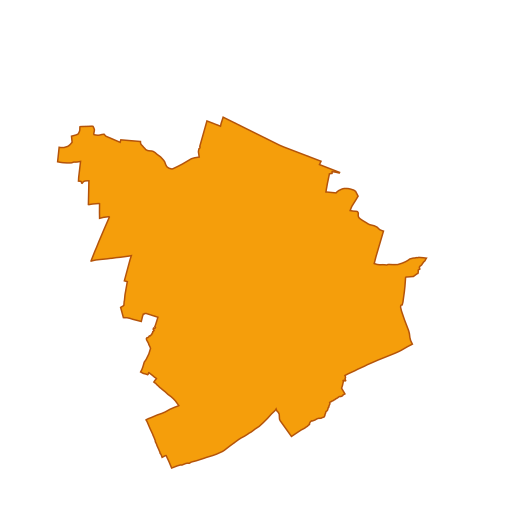 the district of Grivita, Vaslui, Romania, rotated 70°
{"feature_id": "2599482B4273660829063", "entity_name": "Grivita", "entity_type": "district", "adm_level": 2, "iso_a3": "ROU", "parent_name": "Romania", "parent_adm1": "Vaslui", "projection": "albers", "projection_center": [27.682, 46.171], "detail": "fine", "context": "isolated", "style": "filled", "palette": "amber", "viewbox_px": 512, "rotation_deg": 70, "n_neighbors": 0, "source": "geoboundaries", "source_scale": "gbopen_adm2", "svg_char_len": 6081}
<svg xmlns="http://www.w3.org/2000/svg" viewBox="0 0 512 512"><g transform="rotate(70 256 256)"><path d="M89.5,357.2L89.5,357.9L89.1,359.0L89.1,359.6L88.8,362.2L88.3,363.7L87.6,365.0L86.8,366.4L86.4,366.8L85.3,366.5L83.4,365.3L82.4,364.8L81.8,364.6L80.2,364.6L78.5,364.8L77.9,365.7L76.9,369.0L74.5,376.2L74.3,377.1L74.4,377.3L77.4,378.5L78.3,379.1L79.3,380.0L80.4,381.3L80.6,381.9L80.7,383.7L80.3,388.4L86.2,389.9L87.7,392.5L88.4,394.5L88.6,395.6L88.4,399.3L87.3,402.4L86.5,403.8L99.6,410.2L101.0,407.9L102.1,405.9L103.8,402.0L104.7,399.6L105.3,397.7L105.4,396.8L105.4,395.2L105.5,394.7L105.8,394.2L106.5,392.0L107.1,388.5L121.4,395.7L124.9,397.2L125.9,395.1L126.5,394.8L127.7,394.9L128.0,394.8L128.2,394.5L127.3,393.0L127.0,392.0L127.1,390.8L127.5,389.2L128.2,387.3L150.3,395.9L150.6,395.5L151.0,393.0L151.4,391.2L152.7,386.5L153.1,385.3L153.3,385.1L161.3,388.1L167.1,390.1L167.5,386.3L168.5,381.7L168.8,380.7L169.3,380.5L178.6,389.3L188.9,398.9L193.8,403.3L196.2,405.6L204.2,412.7L204.4,412.7L204.5,411.7L204.7,409.8L205.0,407.7L205.9,404.0L207.7,397.0L208.5,393.3L208.8,392.5L209.7,388.0L210.8,383.9L212.6,375.5L213.0,373.0L216.5,375.7L234.3,388.2L236.1,385.7L247.5,392.3L252.5,394.7L254.0,395.6L257.1,397.0L257.5,398.0L258.0,400.8L268.6,401.7L269.9,398.3L271.4,395.9L273.3,393.5L278.3,386.2L273.8,383.2L272.0,381.7L272.3,381.0L272.0,380.4L272.4,378.9L280.0,369.1L285.9,373.6L287.2,374.7L287.8,375.3L288.5,375.0L288.9,375.0L289.3,375.6L289.4,376.2L288.7,376.9L289.5,377.6L289.9,377.7L291.1,377.3L291.6,378.1L291.8,378.9L292.4,379.1L292.9,379.4L293.0,380.0L293.8,380.7L294.2,380.9L294.3,381.7L294.9,382.7L294.6,383.5L295.3,384.5L295.7,385.5L295.5,386.3L295.7,386.8L296.2,387.3L297.4,387.5L301.2,386.9L302.6,387.0L305.1,386.7L306.7,386.7L306.9,386.8L311.4,390.2L315.7,394.7L317.5,397.3L321.3,400.1L323.7,402.1L325.5,404.1L327.8,402.1L329.1,400.1L330.5,398.4L330.2,397.8L328.9,396.7L329.0,396.5L333.0,394.0L335.2,392.8L336.3,391.9L337.2,391.5L338.4,393.6L339.5,395.1L340.4,394.6L341.4,393.8L343.0,393.2L344.6,392.3L346.6,391.4L347.5,390.8L349.6,389.6L352.5,387.8L355.9,386.1L359.0,384.0L361.8,382.5L364.6,381.3L370.2,379.7L370.3,380.8L370.3,384.3L370.6,389.3L371.5,394.7L371.6,396.7L371.7,398.1L371.6,403.1L372.0,410.1L372.0,412.4L372.2,414.4L372.4,415.4L374.3,415.0L381.7,414.6L388.7,414.0L389.0,414.1L391.4,413.9L395.3,413.8L395.6,414.0L396.2,414.1L398.9,413.8L400.2,413.9L403.9,413.6L407.6,413.4L408.4,413.6L410.2,413.1L413.1,413.1L412.6,409.5L412.8,408.7L419.6,408.1L426.4,407.8L426.3,401.7L426.5,398.5L427.1,397.1L427.0,394.4L427.0,392.7L427.2,391.5L427.4,390.8L427.9,389.8L427.9,389.2L427.5,387.5L427.6,386.2L428.0,382.1L428.3,373.8L428.3,371.5L428.7,364.8L428.7,360.8L428.2,354.3L427.7,352.1L425.6,345.6L422.5,335.0L421.9,332.3L421.4,328.5L420.6,324.8L420.1,323.1L419.8,320.9L418.9,317.9L418.3,316.1L417.2,311.3L415.2,306.5L412.5,300.7L409.7,295.5L407.9,291.3L407.4,290.4L406.6,289.4L408.6,289.4L410.2,288.7L411.0,288.5L412.5,288.3L413.3,288.5L417.3,289.7L417.8,289.7L419.1,289.6L437.7,284.4L435.8,276.7L435.4,275.1L434.9,272.9L434.6,270.3L434.3,268.7L433.9,267.5L433.6,266.0L432.9,264.5L432.7,263.6L432.5,263.3L432.3,263.3L432.3,263.2L431.6,262.9L430.8,262.2L430.4,261.5L429.9,260.0L430.3,259.5L430.3,258.5L430.3,256.7L429.9,254.6L429.9,253.0L430.1,252.0L430.4,251.6L430.5,251.0L430.7,250.1L430.5,249.2L430.6,248.2L430.5,246.9L429.4,245.8L429.0,245.8L427.6,244.5L426.3,243.6L426.0,243.1L425.8,242.3L425.3,241.5L423.1,239.9L422.9,239.5L422.8,239.1L422.2,239.0L421.7,238.6L420.3,237.2L419.8,237.0L419.0,237.0L418.8,236.7L418.6,236.2L418.6,235.0L418.4,234.6L418.3,234.1L418.4,233.4L418.1,232.5L417.9,230.9L417.4,229.8L417.5,229.2L417.1,227.5L416.6,225.9L416.7,225.2L416.9,224.7L417.1,224.5L417.0,222.8L416.8,222.2L416.3,221.7L416.0,219.6L409.5,220.8L407.2,219.0L403.7,216.8L402.9,216.8L402.8,216.7L402.7,216.6L402.8,216.2L403.7,215.3L403.9,215.1L403.8,214.4L403.7,214.3L402.3,214.4L401.6,214.2L401.0,213.5L399.3,213.2L398.7,213.3L398.2,209.7L397.6,202.1L397.2,199.3L396.6,191.3L396.2,188.4L396.0,184.6L395.5,176.7L395.2,167.4L394.9,158.5L394.6,154.4L394.3,151.9L393.0,144.6L392.3,139.2L388.4,139.6L385.3,139.3L381.4,138.4L378.3,138.1L366.6,138.3L357.4,138.1L353.8,137.7L353.2,137.5L352.4,137.1L351.9,136.7L351.8,135.6L351.9,135.3L349.4,133.6L340.1,128.7L335.4,126.4L327.4,122.8L327.2,122.5L327.1,122.2L329.1,115.1L327.8,110.8L327.8,109.9L327.7,109.7L327.0,109.3L326.3,108.9L325.1,108.6L324.5,108.1L324.4,107.8L324.5,106.9L324.3,106.5L322.6,106.4L322.0,105.9L321.7,105.5L321.4,104.3L321.1,103.6L320.8,103.0L320.0,102.2L319.7,101.5L319.3,101.0L319.0,100.6L318.3,98.9L316.9,97.4L316.3,96.6L314.7,99.7L313.1,103.2L312.9,103.9L312.9,104.6L312.3,106.1L312.3,107.0L312.0,108.1L311.7,109.1L311.4,112.5L312.0,114.5L312.5,117.3L312.7,120.5L312.7,121.7L312.5,125.9L311.2,129.6L310.2,132.1L309.4,133.9L309.1,135.1L309.2,136.2L308.3,138.0L307.4,140.1L307.0,141.5L306.4,143.1L305.3,145.2L303.5,147.5L297.8,143.6L276.2,127.7L275.2,129.0L273.7,130.6L272.5,131.3L270.5,132.2L269.4,133.2L268.0,134.6L265.4,138.5L263.9,139.9L262.9,140.6L259.2,143.6L257.0,145.2L255.6,146.0L254.5,146.3L253.2,146.2L251.6,145.6L251.0,145.3L250.2,145.2L249.0,145.5L248.4,146.3L247.1,149.2L245.5,152.0L243.2,150.0L241.9,148.7L237.3,142.8L234.7,139.6L229.3,140.3L227.5,141.6L225.5,144.2L224.1,146.4L222.8,149.7L222.5,151.4L222.5,152.8L222.8,155.9L223.5,158.1L224.1,159.2L219.7,168.4L212.1,164.0L203.9,158.9L204.4,156.3L202.8,155.6L204.4,152.6L206.5,149.4L206.0,148.9L191.8,165.1L189.2,162.5L162.9,192.8L159.9,196.0L114.3,239.4L119.6,243.5L121.9,245.0L112.3,255.9L133.7,271.3L133.9,271.2L134.3,271.3L135.1,271.6L135.5,272.2L135.6,272.8L137.1,273.8L138.4,274.5L143.6,275.5L142.7,280.2L142.5,283.5L144.4,293.7L145.1,299.1L145.6,304.5L145.3,305.6L143.6,307.9L141.9,309.1L140.8,309.4L139.3,309.6L136.3,309.6L134.6,310.0L132.8,310.7L130.2,311.8L126.5,314.3L124.4,315.4L122.7,316.7L121.7,318.0L120.8,320.0L120.0,321.5L119.1,322.5L118.2,323.3L117.1,323.6L115.2,324.5L114.5,324.7L111.7,325.9L110.1,325.8L108.9,325.4L100.6,343.3L102.7,344.8L92.1,356.1L89.5,357.2Z" fill="#f59e0b" stroke="#b45309" stroke-width="1.5"/></g></svg>